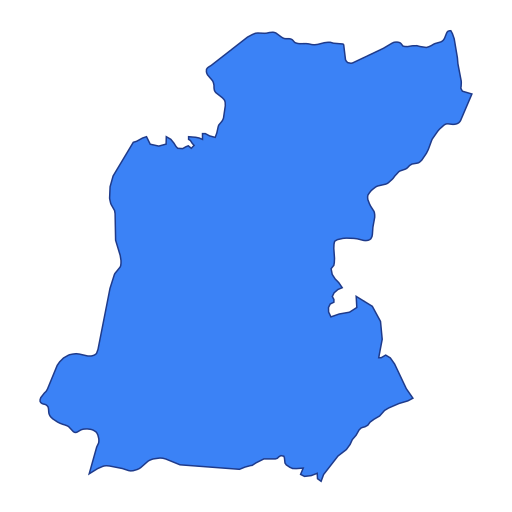 the border of Roi Et
{"feature_id": "THA-442", "entity_name": "Roi Et", "entity_type": "Province", "adm_level": 1, "iso_a3": "THA", "parent_name": "Thailand", "parent_adm1": "", "projection": "mercator", "projection_center": [103.855, 15.941], "detail": "fine", "context": "isolated", "style": "filled", "palette": "blue", "viewbox_px": 512, "rotation_deg": 0, "n_neighbors": 0, "source": "natural_earth", "source_scale": "10m", "svg_char_len": 4564}
<svg xmlns="http://www.w3.org/2000/svg" viewBox="0 0 512 512"><path d="M272.9,32.2L274.5,32.5L275.9,33.0L281.6,37.2L282.8,37.9L284.2,38.5L285.8,38.7L289.2,38.7L290.8,39.0L292.2,39.7L293.1,40.6L294.0,41.7L295.0,42.6L296.4,43.1L297.9,43.5L299.7,43.7L306.1,43.6L308.8,43.9L311.9,44.6L314.4,44.8L317.7,44.4L324.4,42.7L327.9,42.3L330.4,42.3L333.4,43.2L342.9,44.0L343.4,44.4L343.7,44.9L345.5,59.8L346.4,61.3L347.7,62.6L351.0,63.3L352.7,62.9L383.4,48.3L392.0,43.2L394.0,42.3L395.7,42.1L397.3,42.1L399.0,42.4L400.2,42.9L401.1,43.7L403.0,46.1L404.9,46.5L407.6,46.6L412.4,45.8L416.9,45.7L419.9,46.5L426.4,47.5L428.9,46.7L431.3,45.6L433.6,44.2L434.9,43.6L440.9,41.9L442.1,41.2L443.2,40.3L444.0,39.2L444.7,37.9L446.4,33.6L447.0,32.3L447.9,31.3L449.3,30.8L450.8,30.7L452.4,33.6L454.2,38.8L457.4,57.8L457.9,63.7L461.2,81.0L461.3,82.8L461.1,86.4L460.8,88.1L461.6,89.8L462.4,91.2L471.9,94.0L460.5,120.7L459.7,121.8L458.7,122.8L457.5,123.5L456.1,124.0L454.4,124.3L452.9,124.4L447.9,123.8L446.4,123.9L445.1,124.4L444.0,125.1L439.6,129.0L437.8,131.1L432.2,139.1L431.6,140.5L428.3,149.5L426.4,153.3L421.7,160.2L419.6,162.1L418.5,162.8L416.9,163.2L412.1,164.0L410.2,165.1L409.5,165.6L407.8,167.4L406.7,168.4L405.4,169.1L399.9,171.0L398.8,171.7L394.9,175.9L393.3,178.1L392.4,179.1L388.3,182.8L387.2,183.5L385.8,184.1L378.1,185.9L376.7,186.4L375.5,187.1L373.3,188.8L371.2,190.6L369.5,192.7L367.9,195.1L367.6,197.0L367.8,199.5L369.5,203.9L370.6,206.1L374.0,211.4L374.4,212.7L374.7,214.8L374.7,217.3L372.9,227.2L372.4,234.2L372.0,236.5L371.4,237.7L370.8,238.8L369.7,239.6L368.4,240.2L366.9,240.5L365.2,240.6L363.5,240.4L357.2,238.8L353.8,238.4L346.4,238.1L342.9,238.4L337.5,239.6L335.5,240.7L334.6,241.4L334.0,244.1L333.8,248.4L334.5,258.4L334.3,262.7L333.8,265.4L333.0,266.3L331.1,268.7L332.2,274.4L335.1,278.9L338.8,282.7L342.2,287.7L337.9,289.5L334.1,292.8L332.3,296.5L333.9,299.5L333.9,302.2L330.2,304.0L328.5,307.5L328.6,312.0L330.9,316.9L339.2,314.0L349.5,312.2L356.8,307.5L356.2,296.4L372.3,306.3L380.5,321.4L382.2,339.3L378.7,357.7L381.2,357.7L385.7,355.1L390.3,357.9L394.6,364.0L406.3,388.7L412.9,398.2L407.8,400.9L399.0,403.5L388.6,408.0L384.6,410.4L379.6,416.0L373.9,419.3L370.0,422.2L367.8,425.2L364.9,426.8L362.9,427.3L361.2,427.9L359.1,429.9L356.1,435.2L352.3,439.6L350.1,444.4L346.4,449.5L338.0,456.0L323.6,474.5L321.1,481.3L317.5,478.7L317.2,473.3L311.2,475.6L304.5,476.4L300.6,474.4L303.2,468.1L296.3,468.6L292.6,468.5L289.9,467.3L286.3,464.9L285.0,463.0L284.4,457.7L283.8,456.2L280.9,455.6L279.0,456.7L277.3,458.3L275.4,458.9L263.9,458.9L256.1,462.8L252.1,465.4L250.8,465.5L244.9,467.1L239.5,469.3L180.0,464.8L165.8,459.0L162.7,458.2L160.0,458.0L153.4,458.9L152.0,459.3L149.3,460.4L148.0,461.2L140.7,467.6L139.2,468.6L137.2,469.5L133.2,470.7L130.7,470.9L128.7,470.6L122.3,468.5L109.6,466.0L106.4,465.7L104.5,465.9L102.9,466.3L97.6,468.6L89.2,473.8L96.7,447.0L98.6,443.0L98.7,442.5L98.9,440.9L98.8,438.8L97.9,435.1L97.0,433.2L95.9,431.8L93.5,430.3L92.1,429.7L90.5,429.3L87.1,428.9L83.6,429.1L82.0,429.5L80.7,430.0L77.1,432.1L75.8,432.5L74.4,432.3L73.3,431.6L68.6,426.6L67.4,425.9L64.5,424.8L63.0,424.4L60.1,423.3L57.5,422.0L52.8,418.9L50.8,417.0L50.0,415.9L49.3,414.5L48.9,413.2L48.7,411.6L48.6,409.9L48.4,408.2L48.0,406.8L47.1,405.7L46.0,404.8L44.7,404.3L43.2,404.0L41.8,403.4L40.8,402.6L40.1,401.4L40.1,399.7L40.8,397.6L44.4,393.0L46.1,391.4L47.5,389.0L57.2,365.4L59.7,361.8L63.5,358.0L68.4,355.2L69.7,354.7L72.7,354.1L76.2,353.7L79.5,354.1L87.8,356.0L91.3,356.0L92.8,355.6L94.3,355.1L95.4,354.4L96.5,353.5L98.0,349.4L110.0,288.4L114.3,274.8L114.9,273.5L120.1,267.1L120.7,265.7L121.0,263.3L121.0,260.5L120.2,255.4L115.6,240.2L115.1,213.7L114.6,210.6L111.1,204.4L110.6,203.0L109.9,199.9L109.6,198.2L110.1,186.7L113.1,176.0L133.3,142.3L136.6,141.3L142.6,138.0L146.5,136.7L150.2,144.2L158.8,146.1L166.1,144.1L166.3,136.7L170.8,139.3L173.9,143.1L176.0,146.5L177.7,148.3L182.7,148.6L185.8,146.8L188.3,145.8L191.3,148.3L194.1,145.4L192.2,143.3L190.4,140.5L188.6,139.4L188.6,136.7L195.8,137.3L199.1,138.0L202.5,139.4L202.5,133.6L205.3,133.6L209.6,135.9L215.2,137.4L216.8,133.0L218.2,126.7L218.7,125.2L218.9,124.9L221.5,121.8L222.3,120.7L223.0,119.4L223.5,118.0L225.3,105.8L225.2,102.5L224.9,101.2L224.4,100.1L224.0,99.5L222.4,97.8L215.8,92.6L215.0,91.5L214.4,90.3L214.1,88.7L214.0,87.2L214.0,85.5L213.7,83.9L213.3,82.4L212.7,81.0L211.0,78.9L210.2,78.0L207.5,74.8L206.8,73.3L206.4,71.8L206.5,69.3L207.5,67.9L208.8,66.9L211.1,65.5L247.5,37.1L252.4,34.5L255.3,33.3L257.7,33.0L264.6,33.3L266.4,33.2L269.6,32.5L272.9,32.2Z" fill="#3b82f6" stroke="#1e3a8a" stroke-width="1.5"/></svg>